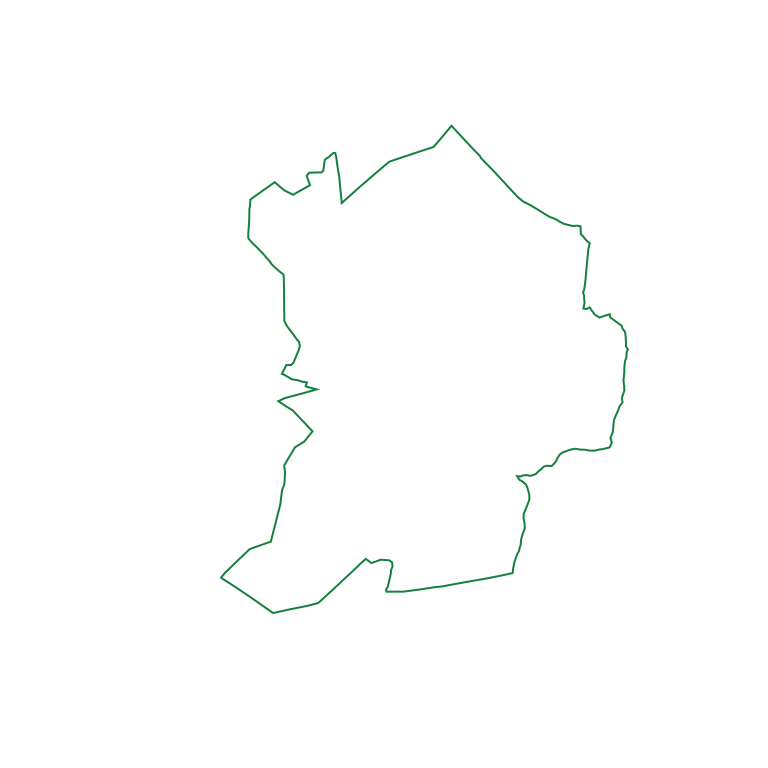 Eldama Ravine, Rift Valley, Kenya, rotated 47°
{"feature_id": "3690345B15109287371985", "entity_name": "Eldama Ravine", "entity_type": "district", "adm_level": 2, "iso_a3": "KEN", "parent_name": "Kenya", "parent_adm1": "Rift Valley", "projection": "mercator", "projection_center": [35.716, -0.006], "detail": "fine", "context": "isolated", "style": "outline", "palette": "green", "viewbox_px": 768, "rotation_deg": 47, "n_neighbors": 0, "source": "geoboundaries", "source_scale": "gbopen_adm2", "svg_char_len": 3585}
<svg xmlns="http://www.w3.org/2000/svg" viewBox="0 0 768 768"><g transform="rotate(47 384 384)"><path d="M181.9,262.1L180.6,263.4L180.4,264.6L180.4,267.7L180.4,268.8L180.3,270.1L179.8,271.9L179.7,274.5L184.8,280.7L186.4,282.8L186.7,284.3L186.4,285.6L182.2,290.3L178.6,294.5L178.6,296.0L178.9,297.5L179.0,298.6L188.1,302.5L183.6,321.4L174.3,324.9L161.9,326.3L160.9,333.7L159.0,347.5L158.0,355.9L162.3,360.5L164.2,363.1L171.0,369.6L175.0,373.7L178.2,377.2L181.5,380.8L184.7,383.7L186.3,384.0L192.8,384.1L195.8,383.8L199.1,383.7L200.2,383.7L203.0,383.6L207.9,383.6L211.9,383.9L214.5,383.8L220.4,384.5L225.2,384.2L230.7,383.6L235.4,382.8L238.0,384.9L241.6,388.1L247.0,392.9L251.9,397.5L258.2,403.2L264.8,409.2L269.9,413.9L275.1,415.4L278.7,415.8L280.2,416.0L285.7,416.5L290.2,417.1L291.5,417.3L293.0,417.4L295.2,417.3L296.2,418.1L298.7,419.4L301.2,423.6L302.4,426.3L304.7,431.3L306.7,435.7L306.8,438.9L303.5,442.6L307.0,451.8L309.1,450.7L317.7,448.2L322.0,444.8L327.2,441.8L330.2,439.3L332.4,442.9L342.0,437.0L334.7,451.1L326.7,466.0L324.5,473.0L334.2,470.7L340.7,468.8L360.6,468.6L369.9,468.6L371.7,481.7L369.6,492.2L373.6,506.2L375.6,512.6L381.7,517.1L389.3,525.2L392.0,530.8L401.5,542.2L409.0,553.9L417.0,566.3L422.1,574.2L416.5,587.0L413.2,594.8L413.3,608.4L413.6,624.0L413.5,628.5L414.6,635.3L433.5,630.6L446.9,627.5L462.7,624.1L475.9,621.3L484.3,607.0L493.3,592.5L499.3,581.6L499.5,567.0L499.5,553.1L499.5,539.0L499.5,528.8L499.3,524.9L499.5,516.6L506.4,515.3L510.3,506.2L516.3,500.6L519.6,499.7L520.7,500.3L521.6,500.9L523.6,502.6L524.7,505.5L527.5,508.5L530.5,513.0L534.6,519.0L536.0,523.1L537.6,523.8L549.2,511.3L558.6,498.1L567.2,485.5L571.6,479.7L576.4,472.1L585.5,457.9L595.1,443.3L604.0,429.0L610.0,418.9L607.2,415.6L604.0,411.2L602.8,409.3L600.9,405.8L599.3,402.5L598.1,398.9L596.3,396.5L594.8,393.7L591.2,389.7L588.5,385.4L586.6,381.4L585.4,379.2L581.7,376.2L577.2,373.4L574.0,370.0L572.1,365.6L569.9,360.9L567.7,356.6L564.4,353.5L561.5,351.9L557.7,349.9L554.3,348.7L549.4,349.3L546.3,350.3L542.2,349.5L544.8,347.2L545.5,344.9L547.5,342.2L551.2,339.4L553.3,334.6L553.2,330.1L553.5,326.9L553.3,323.7L554.9,320.5L558.3,317.5L558.1,311.9L556.6,308.0L556.2,306.7L555.4,303.3L556.0,299.7L557.2,296.8L558.6,293.7L560.2,290.5L562.1,288.0L565.7,285.3L569.3,281.7L572.9,279.1L576.3,275.5L578.6,271.5L580.2,269.3L580.8,268.5L581.9,266.4L582.8,264.9L584.3,262.2L582.3,257.4L577.8,255.2L575.4,249.7L573.0,247.0L570.2,243.8L567.2,240.4L564.9,235.5L563.4,231.7L560.9,226.7L560.0,222.0L556.5,219.6L554.7,216.4L552.7,212.6L548.9,209.5L544.9,206.6L542.5,203.9L540.1,201.1L537.9,198.9L535.6,196.7L531.6,192.1L530.0,188.7L526.4,185.1L525.1,182.1L521.4,181.3L519.0,179.0L514.7,175.4L510.2,172.1L506.7,171.9L503.5,170.5L489.5,173.1L487.0,171.3L486.1,173.0L482.4,181.0L476.9,182.6L468.2,181.4L467.2,184.9L464.8,186.7L461.3,181.8L458.5,179.8L456.0,177.5L453.0,176.1L451.1,172.8L448.4,169.3L445.6,166.0L441.0,160.9L437.4,156.9L433.2,152.2L428.4,146.7L424.3,142.1L421.4,137.5L417.2,138.1L413.1,137.8L410.9,137.7L408.8,137.9L402.6,132.7L399.7,135.0L397.2,138.2L394.3,140.1L389.7,143.1L385.5,144.7L381.7,145.7L378.0,147.2L375.0,148.8L370.3,150.2L366.4,151.2L359.2,153.2L353.1,155.0L347.8,156.8L346.3,157.6L339.2,158.6L334.5,158.7L328.2,158.7L314.3,158.6L303.2,158.6L284.8,159.0L283.3,158.5L281.9,158.3L272.4,158.6L262.6,158.6L249.3,158.6L241.2,158.5L241.7,162.8L242.7,170.6L243.6,178.3L244.4,186.1L237.7,200.6L231.7,213.8L226.9,224.3L225.0,228.5L224.1,247.1L223.3,267.9L222.8,291.5L207.6,279.8L202.2,275.7L191.1,268.2L185.8,264.4L181.9,262.1Z" fill="none" stroke="#15803d" stroke-width="2"/></g></svg>